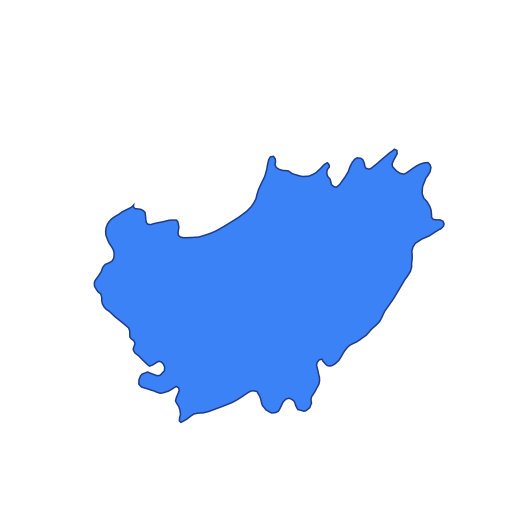 the district of Cherykaw, Mogilev, Belarus, rotated 307°
{"feature_id": "67162791B83279044546130", "entity_name": "Cherykaw", "entity_type": "district", "adm_level": 2, "iso_a3": "BLR", "parent_name": "Belarus", "parent_adm1": "Mogilev", "projection": "equal_earth", "projection_center": [31.375, 53.616], "detail": "fine", "context": "isolated", "style": "filled", "palette": "blue", "viewbox_px": 512, "rotation_deg": 307, "n_neighbors": 0, "source": "geoboundaries", "source_scale": "gbopen_adm2", "svg_char_len": 4339}
<svg xmlns="http://www.w3.org/2000/svg" viewBox="0 0 512 512"><g transform="rotate(307 256 256)"><path d="M388.3,387.0L390.0,387.5L393.0,387.7L394.9,386.8L396.3,384.4L395.6,381.2L393.4,378.3L391.9,375.5L392.5,373.0L394.9,371.1L398.2,368.0L400.3,364.8L402.4,359.6L403.1,355.3L405.7,351.3L408.7,349.1L412.1,347.1L417.0,345.8L420.3,344.8L424.1,344.8L428.2,344.3L432.0,342.4L433.7,339.9L434.1,337.1L431.3,334.0L428.0,331.7L424.8,330.1L420.1,328.4L413.0,326.2L410.4,324.9L408.7,321.1L408.5,316.9L409.5,311.3L411.6,309.2L415.8,308.2L422.7,307.2L425.1,305.0L424.6,302.3L421.4,301.5L418.5,300.5L414.7,299.7L409.5,298.5L406.8,297.9L403.2,297.2L395.0,295.1L393.3,293.9L392.2,290.7L393.4,288.6L394.8,287.2L395.9,285.6L397.2,283.3L397.2,281.2L395.3,277.7L392.8,276.6L388.7,276.5L384.0,277.3L379.0,278.9L372.6,279.6L363.4,279.8L359.3,278.8L358.3,276.5L358.4,273.3L360.3,271.1L362.0,268.8L362.7,265.3L364.6,262.8L367.6,261.0L370.9,260.9L371.0,261.0L372.3,260.2L373.2,258.6L373.4,256.8L370.4,255.5L368.2,255.2L364.2,254.8L358.4,253.7L355.1,252.2L351.5,250.1L347.7,245.6L346.3,242.9L344.8,238.8L343.6,235.6L343.4,230.4L340.4,225.8L339.1,222.3L338.9,218.7L340.4,216.3L343.2,214.8L345.2,212.8L346.1,210.0L343.8,207.8L340.5,208.2L334.7,210.8L332.4,212.1L326.2,214.6L323.9,215.3L316.5,216.7L310.7,218.0L305.9,219.7L301.5,221.6L296.8,222.3L292.5,222.5L286.4,221.7L281.9,220.5L275.7,218.6L271.0,216.8L265.6,214.7L260.6,212.7L254.3,210.0L250.6,208.3L245.8,205.4L241.6,202.5L236.7,198.9L232.5,194.0L229.7,190.6L227.1,187.3L225.8,184.6L225.6,182.0L227.4,179.9L230.1,178.4L232.7,177.0L235.3,174.2L236.4,172.6L236.8,170.9L235.5,169.1L232.6,165.4L226.7,160.5L223.7,157.8L220.6,155.1L217.6,152.9L216.2,150.3L216.9,148.1L219.0,145.9L221.6,143.6L224.0,141.2L224.4,138.7L223.9,135.8L222.1,132.6L220.9,130.7L221.5,128.5L223.0,127.6L222.2,127.6L219.8,127.1L218.0,126.2L214.2,124.3L210.4,122.4L206.8,121.4L201.8,119.3L198.5,118.3L197.4,118.2L195.5,118.0L192.0,118.2L188.3,119.3L185.3,121.0L182.4,123.5L179.6,127.8L177.9,131.0L176.6,134.8L175.2,138.1L173.2,140.7L170.4,142.8L168.2,143.8L165.2,144.1L162.4,142.9L158.6,140.7L155.7,140.4L153.9,140.7L150.5,141.8L145.3,142.2L142.1,142.2L139.3,142.3L137.3,143.0L134.7,145.2L133.1,148.9L132.2,151.9L132.4,154.7L130.0,157.8L127.7,159.5L125.3,162.1L123.8,165.7L123.3,168.4L123.5,172.6L122.6,180.0L122.5,185.0L122.3,191.7L121.9,197.5L120.2,200.2L118.1,201.9L115.5,203.9L114.8,206.1L114.8,209.4L113.4,212.0L110.4,213.0L107.8,213.9L107.5,214.3L106.6,215.5L105.7,217.7L105.7,222.3L105.1,225.9L104.7,228.5L104.3,232.0L104.0,234.7L104.0,237.3L106.9,239.1L110.4,240.4L113.4,241.7L114.4,244.3L113.9,247.2L112.3,249.9L109.3,251.9L103.0,251.2L100.8,249.0L99.5,244.4L98.8,242.0L98.1,239.2L93.2,236.2L90.7,235.9L86.8,237.0L83.1,239.6L82.4,243.4L83.4,246.1L84.6,249.4L85.9,253.3L87.0,256.2L87.6,259.1L88.8,262.2L91.0,264.3L95.5,267.5L98.9,268.9L103.8,270.7L104.1,273.5L102.6,275.5L99.7,276.4L95.2,277.5L91.8,278.9L90.7,281.2L89.3,284.9L87.2,287.9L84.2,290.9L80.8,292.4L78.2,293.9L77.9,296.2L83.7,298.8L89.4,300.4L92.5,301.5L95.8,304.5L99.2,308.5L103.6,312.0L109.3,315.6L115.2,319.4L120.1,322.4L124.6,325.1L130.1,327.6L136.4,329.9L142.1,331.8L145.2,333.3L147.0,335.4L148.4,338.4L147.4,340.4L146.6,342.5L145.4,344.7L143.4,347.3L141.9,348.9L140.4,351.3L139.9,353.6L139.1,356.6L139.5,360.0L140.0,362.9L142.5,365.7L145.2,367.2L147.0,367.2L151.4,366.4L153.3,366.0L155.9,365.5L159.7,366.0L162.3,368.0L163.0,370.6L163.1,373.3L162.3,375.2L160.8,377.2L159.8,379.1L158.5,381.8L159.4,383.7L160.9,387.7L162.3,388.9L167.1,390.2L172.0,388.8L174.3,386.4L176.9,385.1L182.9,384.7L187.9,383.9L191.7,383.3L194.7,381.8L197.4,379.6L198.8,377.7L202.5,373.5L203.7,371.9L205.3,370.0L207.9,368.9L211.2,369.0L213.3,370.9L212.3,372.8L211.6,376.4L211.4,378.6L212.2,380.7L213.8,382.4L216.9,383.9L222.4,385.0L227.0,384.6L231.7,384.0L234.3,383.9L238.2,384.0L241.1,384.6L243.9,385.9L247.6,387.9L251.6,389.4L254.2,390.1L259.0,391.7L263.5,392.1L265.4,392.1L269.2,392.7L272.3,393.4L276.3,394.0L279.5,394.0L283.4,393.3L285.8,392.7L289.6,392.0L297.2,391.8L304.8,391.5L315.3,390.4L322.1,389.6L326.8,389.1L330.9,389.1L336.9,388.5L341.1,386.8L343.3,385.0L348.2,382.1L351.4,379.6L353.7,377.5L357.8,375.9L362.1,375.6L368.1,377.8L370.0,378.6L373.0,380.4L376.4,382.3L380.3,383.7L382.4,384.4L385.4,385.6L387.9,386.6L388.3,387.0Z" fill="#3b82f6" stroke="#1e3a8a" stroke-width="1.5"/></g></svg>